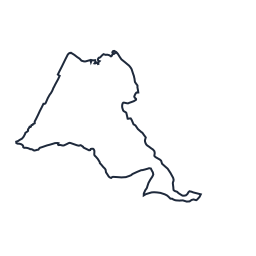 an SVG outline of Cameroon, rotated 116°
{"feature_id": "CMR", "entity_name": "Cameroon", "entity_type": "country or territory", "adm_level": 0, "iso_a3": "CMR", "parent_name": "Africa", "parent_adm1": "", "projection": "albers", "projection_center": [12.994, 7.377], "detail": "fine", "context": "isolated", "style": "outline", "palette": "slate", "viewbox_px": 256, "rotation_deg": 116, "n_neighbors": 0, "source": "natural_earth", "source_scale": "50m", "svg_char_len": 4193}
<svg xmlns="http://www.w3.org/2000/svg" viewBox="0 0 256 256"><g transform="rotate(116 128 128)"><path d="M65.1,171.3L65.6,170.0L66.6,168.4L67.8,166.5L69.2,164.0L70.2,159.6L70.9,156.8L71.5,154.3L72.6,152.0L73.6,150.5L76.6,147.6L78.8,145.4L80.0,144.5L80.8,143.8L82.2,142.9L83.6,141.9L84.7,140.0L85.6,138.2L86.2,137.8L87.1,137.5L89.8,135.5L91.6,134.3L92.0,134.9L92.2,135.7L92.6,136.0L94.0,136.3L96.0,136.3L97.1,136.1L97.7,135.4L98.3,133.6L98.7,133.3L99.2,133.2L101.3,134.5L103.1,136.2L104.9,138.0L105.7,138.6L106.1,139.3L106.9,142.5L107.3,143.3L108.1,143.6L109.5,143.4L110.9,142.9L112.2,142.1L113.4,141.0L114.3,140.1L114.7,139.4L114.9,136.7L115.1,136.2L116.4,135.1L118.5,133.4L119.8,132.4L119.7,132.0L118.9,131.0L118.2,129.8L118.9,128.6L119.6,127.7L122.3,124.6L122.3,123.5L122.5,122.3L124.6,118.7L125.9,114.0L125.9,113.1L127.2,110.8L128.7,107.9L131.6,107.4L132.8,106.7L134.1,105.4L134.9,104.2L135.3,103.0L135.6,100.8L136.1,98.3L136.4,96.1L137.3,94.1L138.8,93.0L141.3,92.2L141.7,91.8L142.1,90.4L142.3,87.6L142.4,85.9L142.5,85.2L142.9,83.9L145.2,81.7L146.2,78.2L147.2,74.5L149.8,70.1L153.0,65.6L154.4,64.4L155.6,63.9L157.0,63.8L158.0,63.5L161.4,61.3L162.8,60.5L163.8,59.8L164.0,59.1L164.1,58.1L163.8,55.8L164.4,54.2L164.7,51.6L164.9,49.5L164.7,48.8L164.2,47.9L164.1,47.7L163.1,46.4L161.4,45.7L159.1,45.5L157.9,45.0L157.7,44.0L157.5,43.4L157.4,42.7L157.3,41.2L155.7,33.5L158.6,33.5L162.1,34.5L163.0,35.1L163.5,37.8L164.8,39.3L167.0,40.5L168.4,43.0L169.0,46.9L170.2,49.2L170.5,49.5L171.9,52.9L172.2,53.9L172.4,55.9L172.2,57.2L172.9,58.9L171.9,61.8L171.5,63.5L171.5,66.0L172.1,70.4L173.2,73.7L174.3,76.4L175.5,78.5L177.6,80.8L179.7,83.0L181.7,84.3L179.9,85.1L176.3,85.2L174.2,84.8L173.2,84.8L172.2,85.0L168.4,85.5L164.5,85.3L160.9,84.8L158.7,84.9L157.0,86.2L155.7,88.1L154.4,89.7L154.9,91.4L155.8,92.3L157.7,94.4L159.4,96.4L160.2,97.7L163.6,100.7L166.8,103.3L167.4,103.8L168.3,104.2L168.9,104.4L170.6,105.9L173.1,108.4L175.3,112.3L176.9,116.3L178.5,120.1L179.2,120.8L180.2,121.2L180.4,122.0L180.3,123.2L180.0,124.2L179.1,125.6L177.5,128.3L175.3,129.9L174.7,130.9L174.3,132.0L173.9,133.2L172.7,135.8L171.9,137.9L171.0,138.5L169.0,141.7L167.7,144.8L167.5,145.7L167.1,146.3L166.4,146.8L164.1,147.8L163.3,148.2L162.7,148.8L162.2,149.5L162.0,150.3L162.5,151.4L163.2,152.3L163.8,152.4L164.4,152.3L164.8,152.9L165.1,153.2L165.1,159.3L164.5,160.2L164.6,160.6L164.3,161.7L164.2,162.9L164.4,163.4L164.9,163.7L165.5,164.6L165.9,166.4L166.7,173.1L167.0,174.1L167.7,174.8L169.7,176.3L171.9,178.1L172.5,179.4L172.9,181.4L173.8,182.9L173.7,183.5L173.4,183.7L172.6,183.7L172.1,183.8L172.5,185.0L173.6,187.0L175.5,189.0L177.5,191.2L179.1,193.1L181.2,195.2L182.8,196.8L184.4,198.5L185.6,198.9L186.6,199.0L187.0,199.3L187.4,200.1L188.3,201.0L189.2,202.1L189.5,203.2L189.2,204.3L189.5,205.9L189.6,206.0L189.9,206.6L189.8,207.2L190.0,209.3L190.5,211.1L191.3,212.6L191.3,212.8L191.2,213.7L190.2,214.3L189.6,215.3L189.4,216.8L189.7,218.5L190.5,220.5L190.5,221.7L190.3,221.8L189.8,222.2L189.3,222.5L187.9,221.1L186.3,220.2L184.0,218.6L181.6,218.0L178.6,217.9L177.3,218.1L176.3,217.5L175.0,216.8L174.3,216.6L173.3,217.2L172.6,217.2L171.8,217.0L170.0,217.0L169.9,216.1L169.6,215.9L167.7,216.0L167.1,215.2L166.9,215.3L166.2,215.1L164.7,213.9L163.1,214.7L159.8,214.6L155.6,214.6L151.3,214.7L147.3,214.6L143.3,214.6L142.9,213.6L142.1,213.0L140.6,213.0L136.3,213.2L132.9,213.0L131.8,212.9L130.7,212.6L127.9,212.4L124.4,212.6L123.6,212.5L120.9,212.5L114.6,212.2L111.1,212.3L111.1,212.9L110.9,213.4L110.7,214.5L106.9,214.5L101.8,214.4L97.0,214.4L93.8,214.4L88.3,214.3L86.5,213.6L86.0,213.1L85.9,212.5L85.8,212.2L85.4,212.1L85.8,208.2L86.5,204.9L86.9,201.9L87.9,199.3L87.4,196.6L86.8,195.4L83.4,191.6L85.0,190.2L82.9,190.4L82.5,189.0L81.5,187.3L82.1,187.0L82.7,186.1L84.6,186.4L84.5,186.0L82.9,184.5L83.1,183.8L83.7,183.0L83.4,182.7L82.3,183.5L81.5,183.5L80.8,182.9L80.4,182.8L80.6,183.9L80.0,184.9L79.4,185.2L78.3,185.2L77.5,184.9L77.3,184.4L76.5,183.9L74.2,183.2L72.4,182.4L72.0,180.0L71.3,179.0L71.0,177.9L70.8,176.6L71.1,174.7L70.6,174.4L70.1,174.2L69.3,174.3L68.5,174.2L67.6,173.1L66.8,172.7L67.3,174.7L66.8,175.3L65.4,175.1L64.8,174.3L64.7,173.7L65.4,171.3L65.1,171.3Z" fill="none" stroke="#1e293b" stroke-width="2"/></g></svg>